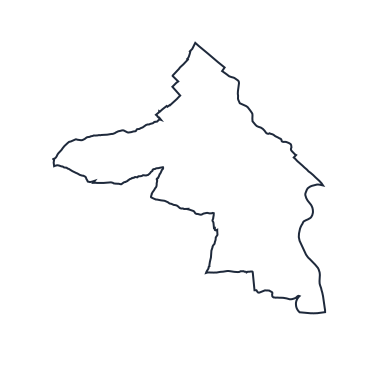 Ionesti, Gorj, Romania (orthographic projection), rotated 348°
{"feature_id": "2599482B1441582003717", "entity_name": "Ionesti", "entity_type": "district", "adm_level": 2, "iso_a3": "ROU", "parent_name": "Romania", "parent_adm1": "Gorj", "projection": "orthographic", "projection_center": [23.41, 44.619], "detail": "fine", "context": "isolated", "style": "outline", "palette": "slate", "viewbox_px": 384, "rotation_deg": 348, "n_neighbors": 0, "source": "geoboundaries", "source_scale": "gbopen_adm2", "svg_char_len": 6066}
<svg xmlns="http://www.w3.org/2000/svg" viewBox="0 0 384 384"><g transform="rotate(348 192 192)"><path d="M236.5,60.1L228.9,50.5L226.2,46.8L222.0,52.1L219.3,53.9L219.6,54.2L218.5,56.4L217.0,59.0L216.0,60.2L215.0,60.9L215.5,61.6L210.0,65.4L206.9,67.2L205.7,68.0L205.2,68.6L197.3,74.1L197.2,74.5L201.5,81.0L199.3,82.0L194.7,85.0L200.5,95.2L197.3,97.3L197.2,97.5L188.5,102.6L188.3,102.3L185.7,103.5L185.1,102.6L180.2,105.0L177.3,106.7L176.7,106.1L176.5,106.8L176.2,107.2L172.8,109.0L173.9,110.4L174.0,111.1L174.9,112.4L175.2,112.2L175.5,112.6L176.7,115.0L175.9,114.5L175.1,114.4L173.9,114.9L173.0,115.6L172.4,115.9L171.2,115.7L170.4,115.8L169.8,115.6L168.7,116.3L167.9,116.6L165.4,116.7L164.0,117.0L162.7,116.7L161.0,116.9L157.1,118.6L155.5,118.8L153.4,119.4L152.2,119.2L151.2,119.2L150.7,119.6L150.0,120.5L149.2,120.8L147.3,120.6L145.0,120.8L142.1,120.6L141.2,120.2L138.0,117.6L137.2,117.3L136.3,117.2L134.5,117.3L132.5,117.3L130.0,117.9L128.7,118.4L126.6,118.7L125.6,118.5L121.0,118.3L115.3,117.4L114.0,117.4L112.9,117.0L111.3,117.0L109.3,116.7L107.7,116.3L106.6,116.5L104.2,116.5L103.5,116.8L100.9,116.6L99.7,117.0L98.1,117.8L95.7,118.4L94.9,118.4L94.0,118.2L90.7,117.0L89.9,116.5L89.2,116.3L83.9,117.4L82.2,117.4L80.8,118.1L76.8,120.5L74.7,122.2L73.0,123.8L69.4,126.3L68.3,127.3L67.0,129.0L66.1,129.9L64.5,130.8L63.2,130.8L63.1,131.1L63.6,131.8L63.7,132.1L62.8,134.5L62.5,138.1L63.5,137.9L65.7,137.8L66.3,138.0L67.5,138.5L69.6,139.8L70.8,140.2L71.7,141.1L72.0,141.4L74.4,142.2L75.2,143.2L76.3,143.8L79.3,146.7L82.9,149.5L83.7,150.0L85.9,152.0L88.1,153.2L89.0,153.4L90.4,154.5L91.1,155.3L91.3,156.3L91.5,157.7L91.9,158.6L92.2,160.1L94.3,161.1L96.5,161.1L99.3,160.8L97.3,162.5L100.0,163.0L100.7,163.3L107.8,164.8L114.7,165.7L116.4,166.5L117.2,167.3L119.5,168.1L121.8,168.6L124.2,169.7L125.2,169.4L127.1,168.5L128.2,168.3L129.1,168.4L130.0,168.0L131.1,167.9L132.2,167.1L133.1,166.9L133.6,166.5L135.0,166.4L136.0,165.9L136.8,166.1L137.4,165.8L138.0,166.0L138.4,165.9L139.4,165.5L141.7,166.3L141.9,166.2L142.3,165.7L143.0,165.5L145.1,165.9L146.5,165.8L147.6,165.4L150.5,166.3L151.3,166.2L152.5,166.2L154.6,165.1L156.1,163.8L157.5,163.2L157.9,162.8L158.2,162.0L159.1,161.7L160.6,161.8L161.9,161.4L162.9,161.5L164.1,161.7L165.5,161.6L168.7,161.7L168.8,162.5L168.3,163.4L166.9,164.4L166.4,165.3L164.7,167.5L164.1,167.8L162.6,170.2L162.0,170.6L161.8,171.2L160.7,171.5L160.4,171.8L160.7,172.0L160.2,173.1L160.3,173.8L159.2,176.3L159.0,177.4L158.5,178.8L158.0,179.6L157.5,180.1L156.9,180.5L155.1,182.5L153.5,183.9L152.2,185.4L152.2,185.8L151.7,186.5L150.9,188.1L150.9,188.7L152.9,190.3L155.2,191.9L156.2,192.1L159.9,193.7L163.1,194.8L163.8,195.2L166.3,197.0L167.5,198.4L167.9,198.7L169.2,199.2L170.5,200.1L171.2,200.7L171.9,201.0L172.6,201.2L174.2,202.0L175.2,203.0L176.7,205.1L177.6,205.7L178.3,206.0L179.7,206.2L180.2,206.7L181.3,207.1L184.4,207.6L184.1,207.9L185.8,208.7L189.6,211.0L190.1,211.7L190.8,213.5L191.7,214.3L193.1,214.7L195.4,215.9L196.7,216.1L198.7,215.5L201.9,215.5L202.6,215.6L204.8,216.6L206.6,216.9L208.0,216.8L208.9,217.3L208.2,219.8L207.9,220.2L207.8,220.8L207.3,221.8L207.2,222.4L206.2,223.8L206.1,224.6L206.5,225.7L206.6,226.5L206.0,231.8L206.9,231.8L206.7,232.9L206.5,233.2L206.5,233.9L206.9,234.3L207.4,234.5L208.8,234.2L208.6,235.1L208.0,239.2L205.8,241.4L205.2,243.5L204.7,244.5L204.1,245.4L203.6,246.6L203.2,247.4L202.8,247.7L202.0,248.3L201.4,248.9L200.8,249.6L200.6,250.3L198.8,253.4L196.9,260.0L195.0,264.0L193.7,267.4L193.7,268.2L192.8,268.7L192.1,270.4L190.3,272.2L189.4,273.3L188.9,274.1L189.9,274.0L190.9,274.0L196.3,275.3L199.5,275.9L203.0,276.0L205.9,276.4L209.8,276.6L211.1,276.8L213.1,277.5L216.8,278.9L220.3,279.9L221.9,280.0L223.0,279.6L223.7,279.8L224.6,279.9L225.1,280.1L226.0,280.2L226.8,280.9L227.7,281.1L228.5,281.5L228.6,282.0L229.9,281.6L231.6,281.9L233.2,282.0L234.5,282.4L234.7,282.8L234.6,284.2L232.7,301.1L234.6,301.5L235.1,303.0L235.8,304.1L236.6,304.4L237.6,304.3L242.8,303.4L246.9,304.4L249.3,306.5L249.6,307.0L249.6,307.7L249.1,308.7L248.9,310.4L248.9,310.8L249.1,311.2L249.3,311.5L249.9,312.1L251.0,312.4L251.9,312.8L253.0,312.9L255.6,313.6L259.0,314.4L262.3,315.7L265.4,317.3L266.4,317.5L267.8,317.6L270.0,317.4L271.5,317.1L273.6,315.9L274.5,315.7L275.2,316.0L275.5,316.2L274.2,317.0L272.5,318.7L271.4,320.3L270.6,322.1L270.3,323.6L270.1,325.5L270.2,327.0L270.4,328.1L271.0,329.9L272.2,332.0L282.9,335.3L286.0,336.0L289.5,336.6L297.2,337.2L297.6,335.2L297.7,333.2L298.5,321.2L298.5,317.4L298.3,314.9L298.3,313.0L297.9,310.0L297.8,308.2L298.2,305.7L299.8,299.8L300.0,298.3L300.1,297.1L299.8,294.1L299.4,292.5L297.4,288.7L293.2,282.0L292.3,280.8L291.6,279.5L290.5,276.9L287.1,262.1L287.1,258.3L288.0,254.9L290.0,250.4L291.1,248.7L292.4,247.1L293.4,246.1L294.4,244.7L295.2,244.0L297.5,243.3L299.6,242.9L302.4,242.0L303.3,241.4L304.8,239.7L305.9,237.5L306.2,236.5L306.5,234.5L306.5,232.5L306.2,230.8L305.8,229.4L303.3,224.4L302.5,221.8L302.2,218.7L302.4,217.5L303.1,216.2L304.7,213.8L305.9,212.5L307.1,211.9L308.9,211.2L310.7,210.9L315.9,210.7L316.9,210.9L318.4,211.4L320.2,212.2L321.5,212.8L320.7,210.9L320.7,210.7L319.0,207.8L315.8,203.3L314.1,200.7L311.8,197.7L310.3,196.1L309.0,193.9L307.0,191.3L305.5,189.1L301.4,183.6L300.0,181.2L298.7,179.4L301.5,177.5L300.6,176.7L298.1,172.7L297.6,171.4L297.7,170.5L298.1,169.7L298.5,169.2L298.5,168.6L298.7,168.0L298.7,166.5L298.4,165.6L296.9,164.2L294.8,162.8L293.9,162.4L291.8,162.0L290.8,161.5L290.4,161.0L290.3,160.6L290.3,159.7L290.2,159.1L289.7,158.3L289.4,158.1L289.0,158.0L287.5,156.6L285.3,154.9L284.7,154.3L283.8,153.2L283.0,152.5L282.2,152.0L280.8,151.3L280.1,150.7L279.0,151.0L278.1,150.7L277.3,150.2L276.8,149.6L275.7,147.1L274.4,145.0L272.7,143.3L270.6,142.1L269.0,140.9L268.0,139.4L265.9,135.4L266.3,132.8L267.1,129.6L267.3,128.1L267.0,127.0L266.0,124.6L264.1,120.6L262.8,119.2L257.2,115.1L256.4,111.3L256.4,110.2L257.1,107.4L257.2,105.6L257.4,104.8L257.9,102.9L260.6,95.3L260.7,93.9L260.6,93.3L260.1,92.4L257.2,89.3L256.3,88.7L254.5,87.8L252.4,86.5L250.3,84.0L246.6,80.0L249.8,77.0L244.5,70.5L236.5,60.1Z" fill="none" stroke="#1e293b" stroke-width="2"/></g></svg>